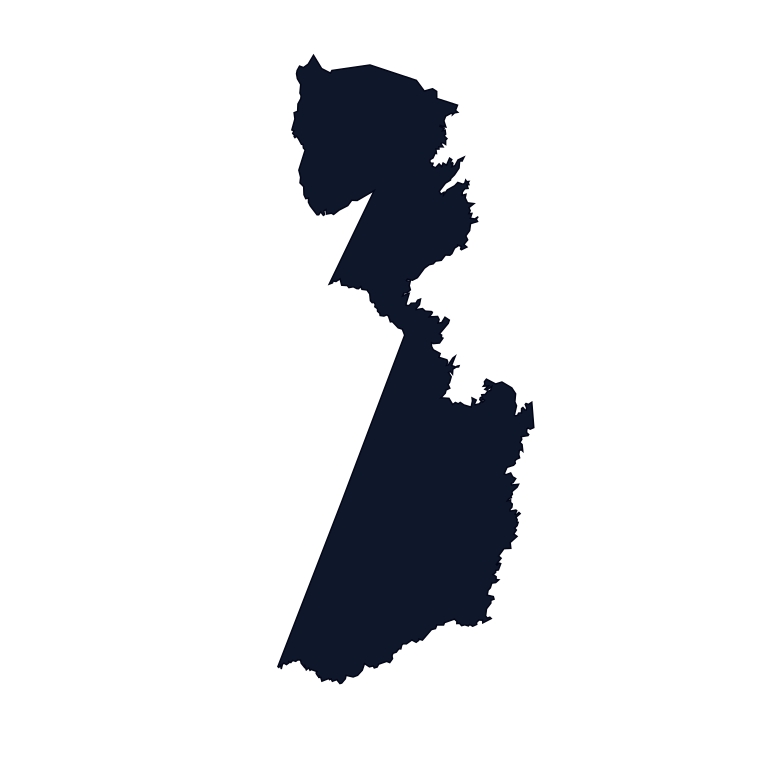 Santo Antônio do Leverger, Mato Grosso, Brazil, rotated 16°
{"feature_id": "56859067B54775252646208", "entity_name": "Santo Antônio do Leverger", "entity_type": "district", "adm_level": 2, "iso_a3": "BRA", "parent_name": "Brazil", "parent_adm1": "Mato Grosso", "projection": "equal_earth", "projection_center": [-55.385, -16.535], "detail": "fine", "context": "isolated", "style": "filled", "palette": "ink", "viewbox_px": 768, "rotation_deg": 16, "n_neighbors": 0, "source": "geoboundaries", "source_scale": "gbopen_adm2", "svg_char_len": 6160}
<svg xmlns="http://www.w3.org/2000/svg" viewBox="0 0 768 768"><g transform="rotate(16 384 384)"><path d="M361.0,685.4L362.1,682.9L363.8,686.3L363.6,681.5L364.7,679.9L367.6,680.6L369.5,678.1L369.0,677.1L371.2,677.4L372.4,674.9L375.6,674.9L377.1,673.0L379.9,672.4L381.4,675.2L385.6,678.2L385.7,676.9L388.1,680.2L389.9,677.5L391.8,679.6L392.7,678.5L398.9,678.9L398.4,680.5L399.1,681.4L401.0,683.0L402.0,682.4L402.2,684.0L404.1,683.5L406.2,686.8L412.1,682.3L413.1,683.2L414.5,682.1L416.3,684.0L420.1,681.2L424.2,684.1L425.8,683.1L428.1,678.0L427.8,674.5L435.1,674.1L438.9,671.3L442.0,665.1L442.3,658.1L448.0,659.9L451.4,658.0L452.9,659.6L455.4,658.0L456.1,654.8L463.0,649.9L466.3,650.2L467.9,645.7L466.6,643.1L466.8,640.4L469.7,638.4L471.2,634.5L473.2,634.0L473.0,630.1L474.0,628.4L477.2,627.6L481.3,622.4L486.1,623.4L488.0,620.9L487.8,619.6L491.5,619.6L497.3,607.0L500.9,604.9L501.2,601.1L507.7,599.2L507.9,596.7L516.5,590.6L519.5,592.0L520.0,594.2L522.7,593.3L525.2,594.9L528.1,593.2L531.8,593.3L532.7,591.5L536.0,592.4L539.4,589.5L538.6,587.9L540.3,584.7L543.9,583.9L544.8,586.4L551.7,579.9L550.0,579.0L547.8,580.5L545.6,579.0L544.5,571.8L547.1,565.2L546.4,562.5L549.1,560.5L547.7,558.2L541.4,558.5L540.9,553.6L542.4,550.6L542.5,545.7L546.1,544.1L548.3,540.6L545.6,541.0L544.9,538.3L541.3,537.1L543.2,534.4L542.8,532.4L545.2,531.2L545.7,524.5L544.1,524.4L542.5,527.0L541.6,526.3L544.6,519.2L541.5,517.8L544.7,509.2L551.2,507.0L549.0,501.6L553.9,493.8L550.0,492.4L551.5,487.9L549.3,486.5L551.0,483.5L551.1,480.0L549.6,480.0L549.5,477.8L547.6,475.7L550.6,471.1L549.1,470.3L547.1,473.3L545.9,473.2L546.5,469.2L545.5,468.8L540.4,471.4L539.6,469.9L540.9,467.2L540.4,464.0L538.3,463.0L537.6,460.5L534.7,462.5L535.4,460.0L537.8,458.1L536.9,456.9L537.8,454.6L536.6,452.3L540.4,446.5L541.0,443.3L534.5,445.9L533.6,444.5L535.2,443.3L536.7,438.6L533.2,437.7L530.3,434.6L526.4,437.5L524.3,437.3L525.2,430.2L530.9,426.4L532.1,424.1L531.1,422.1L531.8,420.1L534.7,417.6L533.0,414.7L532.4,410.7L534.0,409.3L535.9,410.3L533.4,404.1L530.7,402.7L531.7,399.3L530.4,396.8L536.6,393.9L537.0,392.7L534.5,391.4L533.7,388.2L534.4,386.6L537.0,387.1L540.0,384.6L531.1,360.8L528.5,363.8L525.9,363.6L525.4,364.7L527.7,367.6L527.9,369.8L526.9,370.3L524.0,368.3L523.0,369.6L524.1,373.9L521.4,374.9L521.1,377.2L519.1,378.5L517.9,377.9L517.4,368.4L514.7,365.1L513.2,357.1L507.9,352.5L496.8,349.6L491.3,353.2L481.1,351.1L479.9,354.1L481.0,356.6L480.1,358.8L484.8,357.0L482.4,361.3L484.5,361.5L488.2,356.7L488.3,360.7L485.6,362.4L484.3,366.1L480.9,367.4L482.1,369.4L480.4,370.5L480.4,372.7L482.5,373.6L481.2,376.7L477.3,378.9L476.5,377.7L477.1,374.0L472.5,373.1L473.7,375.9L474.1,382.2L466.6,382.1L462.4,380.7L460.8,382.6L457.7,382.1L455.7,384.8L450.4,379.9L442.5,381.6L445.4,375.9L445.3,372.7L448.4,369.9L445.7,366.8L446.6,364.6L446.6,358.5L442.9,355.3L444.2,353.5L447.1,355.5L446.1,350.8L448.7,347.9L443.9,347.6L444.8,337.7L443.0,340.1L440.5,348.1L438.9,348.9L439.2,345.3L437.8,343.4L429.4,343.2L429.6,339.2L421.9,337.5L419.2,334.6L418.3,331.1L420.4,331.5L426.1,329.3L428.0,323.7L426.3,323.5L425.9,321.1L423.5,320.5L429.0,308.0L429.2,304.6L424.2,303.0L422.5,309.1L419.2,310.6L419.2,306.8L416.9,304.3L409.0,307.0L410.6,303.1L410.7,301.7L409.5,301.3L403.6,302.6L400.2,300.9L394.5,303.6L394.1,302.5L396.2,298.0L395.7,292.3L393.2,294.2L392.5,297.4L387.8,298.9L386.7,301.5L384.7,302.1L383.6,302.2L383.1,300.7L383.2,290.0L377.6,294.2L378.1,291.0L381.4,289.6L383.4,286.2L381.1,282.5L380.9,278.0L377.7,278.7L377.0,278.3L377.7,276.7L382.7,276.4L386.8,272.6L390.9,261.6L394.5,256.9L398.2,254.9L399.7,251.7L405.0,249.3L407.5,243.1L411.9,242.0L413.3,240.0L414.4,233.9L416.8,231.2L416.5,230.1L420.4,230.5L420.4,233.1L421.4,233.6L425.9,229.5L422.3,227.9L424.7,222.4L421.8,219.1L424.0,212.9L423.0,206.0L429.1,202.0L427.2,200.1L428.4,197.2L425.8,200.3L421.3,200.9L421.5,195.8L418.6,196.8L419.1,193.6L417.0,191.1L420.8,185.8L414.3,186.8L410.7,182.7L410.5,179.0L407.1,181.1L406.4,178.1L407.1,175.8L408.0,173.9L410.9,172.8L408.9,169.8L410.7,169.0L409.4,167.2L409.8,165.9L407.7,166.7L406.3,165.5L406.3,168.6L405.0,170.2L399.4,169.9L397.3,174.0L391.4,179.9L389.2,185.9L388.7,183.3L386.3,185.9L384.0,183.5L387.7,174.0L391.7,169.6L391.5,168.2L394.1,163.5L396.6,155.7L395.4,149.8L395.9,148.3L397.6,148.2L398.4,143.8L393.4,148.2L392.0,154.6L389.2,156.4L389.5,153.2L388.9,152.4L387.9,153.6L386.9,152.0L387.3,149.6L384.8,148.8L383.8,156.4L379.9,155.3L379.6,159.2L376.3,157.2L374.0,161.9L370.2,161.4L370.3,158.3L367.8,158.8L366.5,157.1L366.6,155.5L368.8,153.2L369.5,148.1L370.9,148.0L369.1,143.8L372.1,143.0L371.3,140.9L375.4,139.8L372.4,137.3L374.0,135.7L377.2,136.7L376.0,132.6L376.9,130.8L374.1,129.3L373.5,128.1L374.4,126.9L372.8,123.1L370.5,124.4L371.4,121.6L366.8,121.0L366.7,119.9L372.6,119.9L369.0,114.5L369.4,109.6L373.8,105.3L375.4,105.1L375.6,106.3L377.1,103.9L380.0,102.5L377.3,101.2L377.8,95.7L356.0,95.0L354.0,88.2L349.3,86.8L342.0,91.3L331.4,83.2L282.6,81.2L247.5,97.0L246.9,99.9L237.1,98.0L225.6,87.4L223.0,97.4L219.4,102.0L215.2,101.7L214.1,106.5L214.4,109.9L216.6,114.4L221.4,119.0L223.0,127.5L224.9,129.8L225.4,132.7L224.1,138.5L225.8,145.7L222.8,148.0L225.3,153.8L225.4,165.2L227.6,165.3L227.2,168.3L229.5,169.7L229.4,170.9L230.5,171.7L231.6,170.0L234.0,171.6L238.6,176.3L240.1,176.0L241.5,179.4L243.7,180.7L243.2,201.9L246.9,208.3L247.8,213.8L252.4,216.4L254.9,224.1L257.7,227.4L260.2,226.1L261.3,230.1L264.0,233.1L273.0,239.8L274.6,239.3L275.7,235.9L279.2,238.6L280.1,237.6L278.4,234.2L280.1,232.3L281.9,236.5L286.4,234.3L288.8,234.9L293.0,229.1L300.0,222.5L302.3,216.3L307.6,215.0L321.3,200.7L303.8,303.1L306.6,301.0L306.7,299.0L309.6,298.7L312.8,295.0L316.1,300.7L321.6,299.5L323.7,301.0L327.7,299.0L331.7,299.8L333.3,299.4L334.8,296.7L336.7,299.1L341.7,298.3L345.5,301.4L348.0,307.7L350.2,309.1L352.0,308.3L353.7,310.1L353.9,312.3L356.9,313.4L357.8,315.9L360.5,317.2L361.4,319.2L365.2,318.7L367.6,316.8L369.6,317.5L373.0,322.5L374.8,321.7L382.2,326.1L386.5,326.2L390.4,331.4L375.9,507.9L359.9,684.9L361.0,685.4ZM482.5,373.6L483.2,371.1L485.1,371.9L483.9,374.2L482.5,373.6ZM448.7,347.9L451.0,347.0L451.1,345.8L449.3,346.7L448.7,347.9Z" fill="#0f172a" stroke="#020617" stroke-width="1.5"/></g></svg>